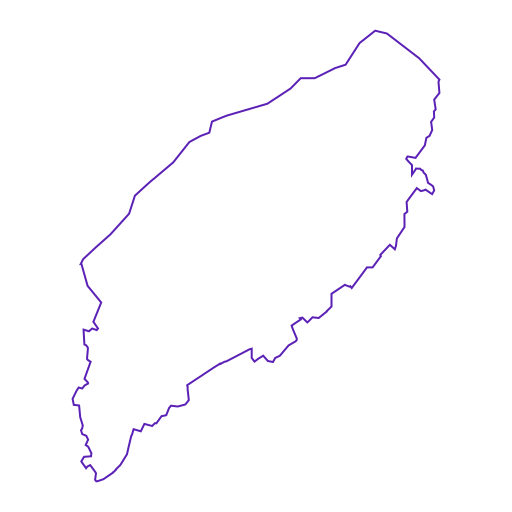 the district of Gounwolaila, Gbapolu, Liberia
{"feature_id": "62588387B55137864763124", "entity_name": "Gounwolaila", "entity_type": "district", "adm_level": 2, "iso_a3": "LBR", "parent_name": "Liberia", "parent_adm1": "Gbapolu", "projection": "equal_earth", "projection_center": [-9.957, 7.206], "detail": "fine", "context": "isolated", "style": "outline", "palette": "violet", "viewbox_px": 512, "rotation_deg": 0, "n_neighbors": 0, "source": "geoboundaries", "source_scale": "gbopen_adm2", "svg_char_len": 3172}
<svg xmlns="http://www.w3.org/2000/svg" viewBox="0 0 512 512"><path d="M221.2,117.8L212.0,121.6L209.3,132.7L200.7,135.9L189.4,142.0L183.6,149.3L173.3,162.3L170.0,165.1L154.5,178.2L150.7,181.3L143.5,187.8L134.9,195.7L129.1,213.7L110.3,234.5L108.6,236.0L96.2,247.0L83.2,259.1L80.8,263.9L81.4,263.8L87.6,285.9L89.1,287.7L101.2,302.5L100.8,303.5L93.4,321.8L98.0,328.5L96.7,330.1L92.2,328.5L88.9,331.3L83.6,329.6L83.6,330.5L83.8,334.3L84.4,344.5L86.2,345.3L87.8,347.5L87.9,348.8L87.4,354.4L87.0,358.9L88.0,360.1L88.9,360.7L90.6,361.7L90.2,362.8L88.7,367.1L84.5,378.8L86.9,381.4L87.9,382.5L88.1,383.5L85.1,385.2L84.8,385.3L82.3,388.3L82.1,388.5L78.8,387.5L77.8,388.9L76.8,390.3L72.6,398.8L73.8,404.9L75.9,405.1L77.8,405.3L79.1,405.5L79.6,410.7L80.2,417.2L82.8,425.5L82.1,428.6L81.0,430.2L81.2,430.8L81.4,431.5L81.8,432.7L82.3,434.1L86.3,435.8L87.8,439.0L88.1,439.7L85.7,445.0L88.2,446.7L89.2,448.7L91.0,452.5L91.4,453.3L91.0,456.3L84.0,456.8L81.3,461.4L83.4,464.5L86.1,468.2L87.2,466.7L88.2,466.1L90.2,465.1L95.1,471.7L95.6,472.6L96.0,473.3L95.1,479.8L96.3,481.3L97.5,481.2L103.4,479.2L112.3,473.1L112.9,472.5L113.0,472.6L115.9,469.8L115.8,469.5L120.4,464.9L123.2,460.4L127.0,454.2L128.4,447.9L131.2,436.1L132.1,434.5L132.7,432.2L133.6,429.2L136.4,430.0L140.8,431.3L142.2,428.4L144.4,423.9L152.1,426.0L154.9,423.2L156.4,423.3L161.5,416.2L165.3,415.4L166.2,415.2L168.3,410.0L168.4,409.7L169.0,408.1L171.0,405.7L177.7,406.5L185.3,404.5L186.0,403.7L188.8,400.1L188.0,392.6L187.6,389.2L187.7,387.0L187.3,386.2L187.2,385.2L187.9,384.7L212.5,368.4L213.9,367.5L220.1,363.6L220.3,364.0L224.6,361.7L226.3,361.4L236.1,356.3L249.5,349.3L251.7,348.7L251.7,356.3L251.7,357.9L254.5,361.6L257.0,359.7L258.3,358.7L263.2,355.7L267.9,361.0L269.0,361.2L269.3,361.3L273.0,362.0L275.0,358.3L275.1,358.0L279.8,355.8L288.6,345.4L292.2,343.3L295.5,341.4L296.7,340.1L296.8,338.6L293.0,329.5L292.3,327.6L291.6,325.6L300.8,319.4L299.8,318.2L302.4,317.6L307.3,322.4L308.7,321.2L312.5,317.3L318.7,318.0L324.9,313.0L326.7,311.6L326.6,311.3L331.5,306.5L331.5,293.8L340.0,288.1L344.9,284.8L345.4,285.1L349.6,286.7L350.3,286.2L351.7,288.0L356.7,281.3L365.3,269.7L366.3,268.3L366.9,267.4L372.6,267.4L380.5,256.7L380.9,256.2L380.3,254.9L387.5,247.3L389.9,244.8L392.2,246.9L394.1,248.6L394.8,249.3L396.0,245.7L396.7,239.8L396.9,238.4L397.3,237.8L404.5,227.0L404.5,223.1L404.4,214.1L407.3,211.7L407.2,210.1L406.6,202.1L408.2,199.7L416.1,189.1L416.8,188.1L420.9,191.1L423.8,190.4L425.6,189.6L425.9,189.9L430.0,192.7L432.1,194.1L434.2,190.5L433.1,186.4L431.4,185.0L428.1,182.9L427.8,181.9L425.9,174.9L423.6,172.5L422.8,170.5L421.4,170.1L420.1,168.7L416.8,168.7L416.1,168.5L414.8,170.6L412.0,174.7L412.0,173.4L412.0,165.1L408.8,161.8L406.2,158.9L407.5,156.5L409.1,156.7L415.6,157.9L415.8,157.5L424.8,145.4L425.6,141.6L426.4,137.8L429.0,136.2L429.6,135.8L430.6,133.5L430.8,133.2L432.2,130.0L431.6,125.4L431.1,121.9L432.1,120.5L434.2,117.5L433.9,111.4L435.7,109.4L434.2,99.6L439.4,93.0L438.5,81.8L439.0,80.4L439.4,79.6L419.2,58.3L386.9,33.5L375.2,30.7L359.6,43.0L345.6,64.7L335.3,68.0L314.7,78.2L300.7,78.2L290.7,88.4L280.7,95.0L267.4,103.7L226.8,115.6L221.2,117.8Z" fill="none" stroke="#5b21b6" stroke-width="2"/></svg>